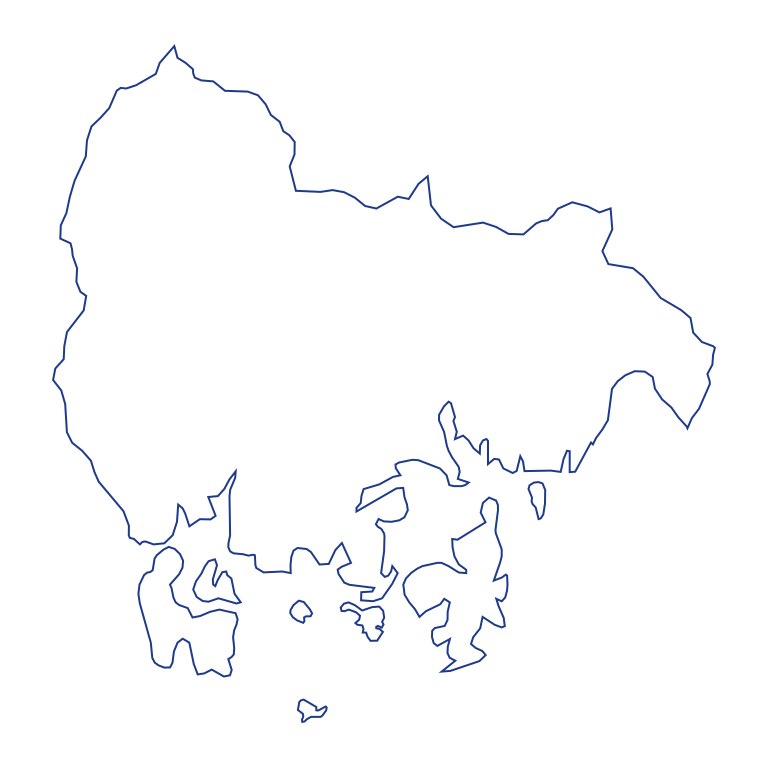 outline of South Gyeongsang
{"feature_id": "KOR-2505", "entity_name": "South Gyeongsang", "entity_type": "Province", "adm_level": 1, "iso_a3": "KOR", "parent_name": "South Korea", "parent_adm1": "", "projection": "equal_earth", "projection_center": [128.367, 35.249], "detail": "fine", "context": "isolated", "style": "outline", "palette": "blue", "viewbox_px": 768, "rotation_deg": 0, "n_neighbors": 0, "source": "natural_earth", "source_scale": "10m", "svg_char_len": 6088}
<svg xmlns="http://www.w3.org/2000/svg" viewBox="0 0 768 768"><path d="M592.9,444.4L591.0,442.5L575.2,471.7L569.7,472.1L569.7,451.2L567.0,450.8L563.5,459.2L560.7,471.9L550.8,470.6L524.5,471.1L523.0,461.4L520.3,456.2L516.7,470.9L512.7,473.0L503.3,468.4L499.0,459.5L494.2,458.9L488.0,464.1L488.0,440.9L486.4,439.0L482.9,440.5L480.1,445.4L479.8,453.6L473.5,448.2L468.5,440.4L463.1,435.6L455.0,439.1L456.8,431.7L453.4,421.0L455.0,417.1L451.0,403.2L448.6,401.7L444.1,406.2L439.1,414.7L439.0,420.4L444.1,431.9L446.9,445.9L448.6,450.8L452.0,457.2L458.7,466.9L459.7,471.9L457.8,478.9L468.7,482.5L465.2,485.1L461.7,486.1L453.6,486.1L449.3,485.0L446.6,475.3L440.0,468.5L418.4,460.2L412.4,459.8L399.1,462.5L395.5,464.5L395.8,468.2L400.4,475.3L393.0,476.9L379.3,484.4L363.6,489.1L361.5,495.8L360.7,503.1L356.5,507.9L356.5,511.5L396.4,488.4L403.2,487.9L404.5,497.3L406.9,504.1L407.8,510.2L404.5,517.2L399.4,520.3L391.6,521.8L383.8,521.4L378.6,519.0L375.9,524.2L377.8,526.7L381.4,529.0L384.1,533.5L384.5,536.3L384.1,551.3L381.1,573.1L384.8,576.9L388.3,575.6L391.1,571.4L392.3,566.1L397.7,573.1L392.2,583.9L382.1,598.3L373.1,601.2L361.1,600.3L361.3,592.2L372.3,591.5L374.3,587.9L349.4,584.8L344.2,582.6L338.5,573.9L337.7,569.6L341.8,566.7L351.0,562.9L341.9,543.0L335.4,550.0L328.8,563.9L319.5,564.5L311.0,552.1L306.6,549.0L297.5,548.0L293.5,550.6L291.3,557.1L290.5,565.2L290.7,573.1L282.2,571.5L263.6,572.4L256.3,568.0L255.4,565.1L254.9,555.3L253.1,554.7L248.6,555.6L242.8,554.2L233.4,553.3L230.1,551.3L228.3,547.1L228.5,542.9L230.1,535.4L229.5,496.1L230.2,489.7L235.2,477.8L235.7,471.3L229.4,479.5L224.3,489.0L217.9,496.1L208.3,497.0L215.6,515.8L210.6,519.4L199.8,519.2L189.4,526.3L185.2,513.6L182.7,508.4L178.2,504.6L177.0,521.7L172.7,535.2L164.3,543.3L153.6,544.4L145.5,541.5L142.4,541.9L139.9,544.4L134.0,539.0L129.8,537.8L128.8,535.4L128.9,525.6L123.5,511.2L98.7,481.7L94.4,471.9L90.9,460.7L82.0,450.6L72.2,442.8L66.9,432.2L65.2,404.1L61.3,390.5L53.1,380.0L55.3,368.5L63.7,359.2L64.3,346.2L67.0,332.0L83.7,310.4L86.2,295.9L80.4,291.8L76.4,281.8L77.1,268.3L72.7,255.8L72.0,249.1L70.5,243.3L60.3,238.6L60.8,225.3L66.4,213.1L69.9,196.6L74.6,180.7L85.8,156.4L87.0,140.2L91.5,126.4L100.6,117.7L109.3,108.0L116.8,90.6L120.7,87.9L126.2,88.5L136.0,85.3L155.8,73.9L159.7,62.9L174.3,46.1L177.5,57.8L185.5,62.8L192.9,69.2L193.2,73.3L194.8,77.6L201.3,80.4L213.3,81.4L225.0,90.8L247.7,91.6L258.0,95.3L265.6,104.2L270.9,115.0L279.7,121.8L283.3,131.2L289.4,135.3L294.7,142.0L294.5,154.5L289.7,166.4L295.9,190.8L320.5,191.9L332.6,190.1L344.1,192.2L354.9,197.7L365.1,206.0L376.4,208.5L397.8,196.7L408.7,199.0L418.5,183.9L427.7,176.2L431.0,205.4L441.1,218.7L453.6,227.2L483.0,222.6L496.0,226.9L508.5,233.9L523.4,234.4L536.3,223.3L542.1,221.0L547.8,220.2L553.3,215.1L557.9,208.7L572.3,202.3L587.6,206.4L599.4,212.4L610.6,208.4L612.3,229.4L602.4,251.1L608.4,264.1L633.0,268.2L643.4,276.7L660.7,298.0L681.3,310.2L690.5,318.0L693.2,332.6L701.9,342.0L713.3,346.3L714.9,347.8L713.1,354.8L712.4,364.6L707.4,374.0L709.7,381.2L709.8,384.2L699.0,408.8L691.9,418.1L687.4,428.3L686.6,426.4L678.5,417.5L671.3,407.4L662.1,399.4L654.9,388.6L652.7,377.0L644.8,371.6L634.7,371.2L625.3,375.3L617.7,381.2L612.0,388.9L607.9,420.2L602.3,429.6L596.2,437.8L592.9,444.4ZM507.5,584.6L507.0,590.9L505.2,597.5L501.7,601.3L496.3,598.8L498.5,605.9L503.7,617.9L504.8,626.1L501.7,627.4L494.7,624.8L482.6,616.9L480.2,628.3L473.2,637.2L471.0,644.0L475.7,648.0L482.3,651.0L485.7,655.1L479.4,661.1L450.4,670.9L441.7,671.6L455.3,660.7L449.7,657.8L447.5,653.1L447.8,646.7L449.9,639.0L437.4,645.9L433.7,643.1L432.0,637.0L432.2,630.9L434.7,628.1L444.7,625.9L447.5,620.0L447.7,611.7L449.8,602.4L444.3,598.8L440.2,604.3L425.9,611.2L419.5,616.9L415.0,609.2L409.2,602.3L404.6,594.7L403.3,584.6L405.9,578.5L411.2,572.9L417.3,568.6L422.5,566.1L437.5,562.8L441.6,562.9L448.2,565.9L458.8,572.5L466.2,573.1L466.2,569.8L458.8,564.4L454.5,556.5L452.6,547.5L452.2,539.0L457.5,539.7L485.5,522.3L480.7,512.6L482.9,502.9L489.1,497.6L496.1,500.6L497.9,505.0L498.0,510.2L495.5,529.8L495.7,532.9L501.7,549.3L501.7,556.3L500.1,562.6L493.8,580.6L501.9,577.5L505.8,574.6L507.1,575.6L507.5,584.6ZM235.6,613.2L237.6,619.3L236.5,624.6L234.2,630.2L233.1,637.2L234.2,648.1L233.8,654.4L231.5,657.1L228.3,659.1L231.7,669.9L230.0,675.3L223.9,676.5L211.7,669.6L204.3,673.4L197.7,674.4L193.8,664.1L189.3,642.6L182.7,638.7L177.5,642.7L173.9,651.6L172.5,662.7L170.1,667.4L164.4,667.6L158.4,665.3L154.8,662.7L152.3,657.9L150.8,642.6L139.8,603.4L138.4,593.9L139.5,584.6L144.1,575.0L147.1,572.6L150.3,572.0L152.7,570.2L154.6,558.5L156.9,555.1L163.4,549.7L168.7,546.9L174.7,548.9L180.0,554.1L183.1,560.7L182.5,567.7L179.0,574.4L170.0,584.6L171.6,588.3L173.4,597.5L175.7,602.4L179.1,605.0L187.7,608.1L192.5,617.5L200.2,616.0L210.1,611.8L219.4,609.6L235.6,613.2ZM234.5,593.7L240.7,602.3L236.5,603.5L218.4,598.3L208.5,601.7L202.7,601.0L196.7,597.0L193.2,589.5L196.0,581.3L201.4,573.6L204.9,566.3L208.6,561.2L214.9,559.3L217.0,565.2L212.8,579.6L213.2,584.5L215.3,586.1L217.6,580.3L222.3,572.2L226.2,571.5L227.3,575.2L231.4,578.5L234.5,593.7ZM362.2,610.5L372.2,607.1L379.2,606.6L383.1,610.8L384.2,617.6L382.1,621.9L383.5,624.4L381.8,627.6L377.8,625.9L376.2,626.9L376.3,628.3L379.6,629.0L382.9,631.9L377.2,640.7L370.5,640.8L367.6,636.8L366.1,632.6L362.7,632.5L363.5,629.0L362.4,625.5L357.2,624.7L355.4,623.0L359.2,619.7L360.0,615.7L356.1,612.3L348.9,609.6L344.3,611.2L341.6,611.0L340.7,607.6L343.9,603.7L348.6,602.4L354.8,605.1L362.2,610.5ZM545.0,503.5L543.3,514.4L540.7,518.4L538.6,519.1L535.7,507.5L532.6,504.1L531.6,501.3L532.0,497.6L528.5,489.0L529.6,485.2L533.9,482.6L538.5,482.1L542.5,483.4L545.2,490.0L545.0,503.5ZM325.7,706.5L326.7,707.6L326.1,710.5L322.3,715.7L320.5,716.9L311.0,716.9L306.8,719.2L304.7,721.4L302.3,721.9L301.9,719.9L303.3,716.5L302.9,713.8L297.9,710.0L299.3,702.0L300.9,700.4L303.6,699.6L316.3,707.0L316.3,710.3L318.2,710.5L325.7,706.5ZM303.8,602.0L309.8,609.3L312.1,613.4L310.5,616.3L306.2,616.3L304.1,617.4L304.4,621.2L303.2,622.8L297.1,620.4L292.7,617.1L290.2,612.9L290.6,610.0L293.4,605.2L298.8,600.7L303.8,602.0Z" fill="none" stroke="#1e3a8a" stroke-width="2"/></svg>